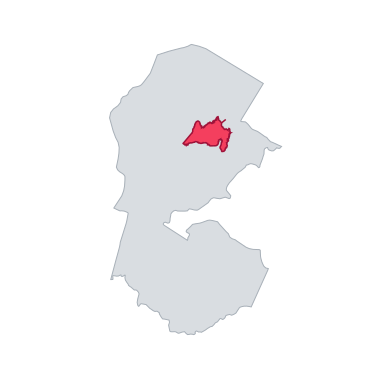 location of Mufumbwe, North-Western, Zambia, rotated 122°
{"feature_id": "96606910B54849868159577", "entity_name": "Mufumbwe", "entity_type": "district", "adm_level": 2, "iso_a3": "ZMB", "parent_name": "Zambia", "parent_adm1": "North-Western", "projection": "orthographic", "projection_center": [25.2, -13.766], "detail": "fine", "context": "in_parent", "style": "filled", "palette": "rose", "viewbox_px": 384, "rotation_deg": 122, "n_neighbors": 0, "source": "geoboundaries", "source_scale": "gbopen_adm2", "svg_char_len": 9173}
<svg xmlns="http://www.w3.org/2000/svg" viewBox="0 0 384 384"><g transform="rotate(122 192 192)"><path d="M247.0,249.8L232.5,249.5L227.2,250.6L222.8,252.3L217.6,255.1L214.5,257.0L213.7,258.1L213.2,260.5L213.2,264.2L212.6,266.9L211.0,269.3L203.1,272.2L197.9,274.5L192.9,277.3L189.0,281.0L186.3,285.6L182.0,291.2L172.8,301.2L167.6,303.1L163.2,302.6L158.0,300.5L153.8,300.1L150.7,301.4L147.8,301.0L145.2,298.8L143.0,298.1L141.2,298.6L138.9,298.5L134.7,297.4L131.1,293.7L129.2,292.3L127.7,291.7L123.3,291.1L113.4,290.3L103.1,292.2L94.1,294.0L84.8,286.1L75.8,277.6L73.9,275.5L70.5,272.7L68.0,271.3L67.1,270.6L64.6,263.1L63.1,256.1L62.2,189.0L103.4,188.6L106.1,188.3L106.2,187.6L104.3,184.0L104.4,182.7L104.9,180.3L106.6,175.4L106.8,173.8L105.9,168.5L106.0,165.6L106.4,159.6L106.1,157.6L107.1,154.9L107.4,153.1L107.8,152.3L107.3,150.3L106.4,143.2L105.9,140.2L108.4,140.7L109.3,142.1L109.7,143.7L110.9,143.8L113.8,144.7L114.9,146.1L115.6,148.9L115.2,150.4L114.2,151.5L115.2,152.6L117.1,153.3L118.3,153.0L121.6,151.1L124.7,150.4L126.3,149.9L133.1,148.6L134.5,147.9L135.4,147.9L136.1,148.5L135.5,150.5L135.3,152.3L136.2,155.6L136.8,157.2L138.2,158.4L139.3,159.0L140.4,160.2L142.8,160.0L148.0,161.7L149.6,162.5L151.8,163.3L153.4,163.6L158.8,164.2L164.5,165.2L167.5,165.3L169.6,165.1L171.0,164.6L171.9,164.1L172.4,163.6L174.6,157.2L175.7,156.7L177.1,156.4L177.9,157.0L178.8,161.1L182.9,164.7L184.3,167.8L185.3,170.5L186.2,171.2L187.7,172.1L190.2,172.5L192.5,172.6L203.5,177.2L204.7,178.0L206.0,180.4L206.8,183.1L207.7,185.3L209.1,185.7L210.4,185.9L211.6,187.4L212.5,188.7L215.7,194.0L216.2,196.1L217.7,197.5L219.9,198.2L221.9,198.3L223.0,197.7L225.9,196.6L228.1,195.4L229.7,195.0L230.6,195.3L231.3,196.2L231.8,198.8L233.3,199.7L234.5,199.4L234.9,198.4L235.0,197.9L235.4,170.3L234.4,170.5L233.1,171.2L230.2,171.3L229.1,171.8L228.7,172.7L228.9,173.8L228.9,175.4L228.5,176.1L227.2,176.4L225.4,175.8L222.0,174.9L219.2,174.4L217.2,172.3L214.5,169.1L212.7,167.5L208.5,164.2L207.7,163.6L206.4,162.0L205.3,159.4L204.3,156.4L203.7,154.5L204.8,151.6L207.5,142.1L208.1,139.1L210.2,136.1L210.4,133.4L209.6,129.9L209.8,128.0L210.2,117.1L209.7,113.6L208.3,109.8L205.2,104.4L205.2,103.3L210.1,99.9L211.6,98.6L214.1,95.9L215.8,93.5L216.9,91.6L217.3,89.1L216.5,86.7L218.2,86.3L258.1,80.9L258.7,82.6L259.9,85.3L261.2,87.3L262.9,89.1L264.3,90.2L265.3,90.5L271.4,90.6L273.6,91.7L275.5,93.1L275.9,95.2L277.2,96.5L278.5,97.6L279.1,97.8L280.1,97.5L281.7,97.5L283.2,98.0L283.9,98.5L284.0,100.3L284.4,101.1L286.5,101.4L288.6,101.6L290.6,102.9L292.8,103.1L295.3,103.7L296.5,105.0L299.2,106.4L302.4,107.7L306.0,109.7L306.1,110.3L306.7,111.5L307.3,112.3L307.3,113.5L307.6,114.7L308.5,115.0L309.3,115.1L310.0,114.3L311.0,114.3L312.0,114.9L312.4,116.2L313.2,117.9L314.5,119.2L315.3,120.3L315.0,122.4L314.4,124.3L316.1,126.2L318.5,128.1L319.1,128.9L319.2,131.6L319.5,132.5L321.1,134.8L321.8,136.2L321.7,137.1L317.3,141.3L314.7,141.9L313.5,142.8L312.8,143.7L314.4,148.1L315.2,149.7L314.4,151.8L312.6,155.2L311.8,155.5L311.6,158.2L312.1,159.2L312.9,160.0L313.2,161.8L313.0,166.3L311.8,171.3L313.6,175.8L314.2,176.3L316.9,176.5L317.3,176.9L316.7,178.1L314.7,180.0L311.3,181.4L306.4,182.9L305.3,184.5L304.6,186.8L305.1,188.2L305.7,189.0L305.4,191.0L305.0,193.2L305.0,194.9L304.8,196.4L304.1,197.1L303.2,199.3L302.1,201.6L301.2,202.6L300.0,203.6L298.0,204.5L298.0,204.9L300.2,206.0L300.7,206.8L300.9,207.3L300.0,208.4L300.9,209.1L302.2,209.8L303.3,211.3L304.5,214.2L304.7,214.5L305.1,214.6L305.8,214.3L307.2,213.2L308.2,212.8L309.3,214.5L288.8,220.8L284.0,222.2L276.8,224.4L274.5,225.3L272.6,226.2L253.5,231.2L250.5,232.2L243.8,234.9L243.6,235.3L243.6,236.6L244.1,239.3L245.2,241.7L246.2,243.1L246.7,246.7L247.0,249.8Z" fill="#d9dde1" stroke="#a8b0b8" stroke-width="1"/><path d="M114.5,209.5L114.3,209.9L114.4,210.0L114.7,210.0L115.1,210.3L115.2,210.2L115.5,210.4L115.9,210.0L116.1,210.0L116.2,210.5L116.5,210.5L116.8,210.1L117.2,210.4L117.4,210.3L117.7,210.3L117.4,209.9L117.8,209.7L117.7,209.3L117.9,209.2L118.1,209.4L118.3,209.7L118.6,209.9L118.9,210.4L119.1,210.5L119.4,210.6L119.3,210.9L119.4,211.0L119.7,210.8L119.8,211.0L120.0,211.2L120.3,210.9L120.2,210.6L120.0,210.4L120.3,210.2L120.4,210.5L120.6,210.5L120.7,210.4L120.8,210.7L120.7,210.7L120.7,211.1L121.1,211.8L121.5,211.4L121.2,211.4L121.2,211.2L121.0,210.9L121.0,210.7L121.3,210.8L121.3,210.6L121.5,210.5L121.7,210.4L121.9,210.3L122.0,210.6L122.2,210.8L122.5,210.9L122.6,211.1L122.8,211.1L122.8,211.3L123.0,211.3L123.0,211.8L123.2,211.7L123.5,211.8L123.5,213.0L123.4,213.2L123.2,213.2L123.2,213.5L123.6,213.6L123.5,213.9L123.9,214.0L124.1,214.1L124.4,214.1L124.5,214.3L124.7,214.5L124.8,214.4L124.9,214.8L125.2,214.7L125.4,214.7L125.5,214.6L126.0,214.8L126.1,215.0L126.9,215.0L127.3,215.2L127.3,215.4L127.6,215.4L127.7,215.6L127.9,215.5L128.2,215.7L128.4,215.9L128.8,215.7L129.4,215.9L129.5,215.9L129.5,216.0L129.7,215.9L129.8,216.2L130.0,216.0L130.3,216.2L130.2,216.1L130.3,216.0L130.5,216.1L130.8,216.0L131.4,216.2L131.4,216.5L131.2,216.5L131.4,216.7L131.5,217.0L131.3,217.1L131.8,217.4L131.7,217.4L131.6,217.7L132.0,217.8L132.0,218.2L131.6,218.2L131.4,218.4L131.6,218.5L131.4,218.7L131.5,218.9L131.2,219.0L131.3,219.1L131.0,219.3L131.0,219.6L130.7,219.9L130.7,220.6L130.3,220.9L130.2,221.1L129.6,221.4L129.6,221.8L129.2,222.0L128.8,222.4L128.6,223.3L128.6,223.7L128.5,224.0L128.6,224.4L128.7,224.7L129.2,224.9L129.3,225.1L130.2,225.6L131.3,225.5L131.6,225.6L132.2,225.6L132.4,225.3L132.9,225.3L133.3,225.4L134.2,224.9L134.9,224.9L134.9,224.7L135.2,224.7L135.5,224.6L135.8,224.7L136.2,224.4L136.8,224.5L137.0,224.4L137.2,224.5L137.7,224.5L137.9,224.6L138.0,224.5L138.8,224.4L140.4,223.4L141.6,223.4L141.9,223.2L142.1,223.2L142.2,223.4L155.1,225.2L155.2,225.3L155.5,225.3L155.7,224.8L155.7,224.1L155.5,223.8L155.8,223.2L155.4,223.0L155.2,222.8L155.4,222.7L155.2,222.5L155.4,222.3L155.5,222.4L155.3,222.1L155.5,221.9L155.6,221.7L154.9,221.8L154.7,221.7L154.2,221.6L154.2,221.3L154.7,220.9L154.4,220.4L153.5,220.7L153.3,220.5L153.1,220.5L152.8,220.8L152.0,220.4L151.7,219.7L151.0,219.3L150.5,218.2L150.0,217.9L149.6,217.4L149.0,217.0L148.4,216.2L148.1,216.2L147.9,216.0L147.5,215.9L147.1,215.1L147.0,214.7L146.8,214.5L146.8,214.0L147.0,213.5L147.0,213.4L146.7,213.2L146.8,213.0L146.7,212.9L146.9,212.7L146.9,212.2L146.7,211.9L146.5,211.7L146.3,211.6L146.3,211.1L146.4,210.9L146.3,210.7L145.8,209.8L145.4,209.6L145.3,209.3L144.8,208.8L144.5,208.8L144.5,208.6L144.2,208.6L144.2,208.4L143.9,207.8L143.6,207.4L143.4,207.1L143.0,206.7L143.1,206.4L143.0,206.2L142.7,206.0L142.7,205.8L142.8,205.6L142.7,205.5L142.7,205.1L142.8,204.7L142.7,204.5L142.9,204.4L142.9,204.1L143.1,203.9L143.7,203.8L143.4,203.0L142.9,202.8L142.8,202.7L142.9,202.0L143.2,201.7L143.1,201.4L143.3,201.1L140.0,196.1L139.5,196.0L139.4,195.8L139.2,195.7L138.7,195.4L138.5,195.5L137.9,195.5L137.6,195.3L137.4,195.4L136.3,195.6L136.0,195.8L136.0,196.1L135.8,196.2L135.5,196.2L135.2,196.1L135.1,196.3L135.0,196.2L134.8,196.3L134.5,196.2L134.1,196.5L133.9,196.9L131.8,195.8L132.0,195.7L132.1,195.4L132.3,195.3L132.2,195.1L132.4,195.0L132.3,194.9L132.1,194.8L132.0,194.6L132.1,194.4L132.3,194.2L132.2,194.1L132.3,194.0L132.6,193.8L132.6,193.7L132.8,193.7L133.0,193.4L133.5,193.4L133.6,193.2L134.0,193.5L134.6,193.2L134.8,193.2L135.4,192.8L135.6,192.8L135.8,192.6L136.5,192.3L136.8,192.4L137.3,192.2L137.8,192.2L138.4,192.1L138.5,192.0L138.8,192.1L139.1,192.0L139.4,191.7L139.5,191.7L140.1,191.1L140.2,190.4L140.6,190.0L140.6,189.8L140.8,189.4L141.7,188.5L141.8,187.9L141.2,187.5L141.1,187.2L140.8,187.0L140.7,186.6L140.2,186.5L139.9,186.3L139.4,186.3L139.0,186.4L138.7,186.2L138.2,186.6L137.6,186.6L137.4,186.8L137.2,186.9L137.0,186.7L136.7,186.7L136.4,186.3L136.3,186.2L135.9,186.2L135.8,186.4L135.5,186.4L135.5,186.6L135.0,186.4L134.6,186.5L133.8,186.8L133.7,187.0L133.8,187.0L133.6,187.1L133.4,187.3L133.4,187.5L133.2,187.6L133.2,187.8L132.9,187.9L132.7,187.9L132.7,188.1L132.5,188.3L132.2,188.4L131.9,188.8L131.7,188.6L131.4,188.5L130.8,188.5L130.6,188.6L130.1,188.5L129.5,188.2L129.2,188.2L129.1,188.4L129.3,188.5L129.3,188.8L129.1,188.6L128.9,188.8L128.9,189.1L128.7,188.9L128.5,189.1L128.3,189.0L128.0,189.2L128.0,189.4L127.8,189.3L127.7,189.5L127.7,189.8L127.2,189.4L126.6,189.6L126.5,189.3L126.0,189.5L125.9,190.0L125.7,190.1L125.6,189.9L125.2,189.7L124.9,189.8L124.6,189.9L124.7,190.2L124.6,190.3L124.3,190.4L124.3,190.5L123.6,190.5L123.4,190.6L123.1,190.7L123.5,191.1L123.3,191.2L123.2,191.0L123.0,190.9L122.8,191.2L122.9,191.3L122.3,190.9L122.3,190.5L122.1,190.4L121.9,190.6L122.1,190.8L121.7,190.8L121.8,190.9L121.5,191.1L121.3,190.9L121.4,191.3L121.1,191.3L121.0,191.5L120.4,191.8L120.0,192.4L120.2,192.7L119.7,192.7L119.2,193.1L118.8,193.2L118.7,193.4L119.0,193.4L119.2,193.8L118.9,194.3L119.6,194.3L120.1,194.7L120.4,194.7L120.6,194.6L120.4,196.5L121.0,196.5L121.3,197.3L121.7,197.5L121.8,197.8L121.2,198.7L121.1,199.8L120.9,200.2L120.6,200.3L120.6,200.7L120.7,201.1L120.5,201.7L120.1,202.0L119.8,202.5L118.2,203.2L117.7,203.8L117.3,203.4L112.6,201.8L117.3,203.4L117.7,203.8L117.5,204.0L117.4,204.5L117.3,205.3L116.8,206.2L116.8,207.1L116.6,207.7L116.4,208.0L115.8,208.3L115.8,208.5L115.5,208.6L115.1,209.2L114.5,209.5Z" fill="#f43f5e" stroke="#9f1239" stroke-width="1.5"/></g></svg>